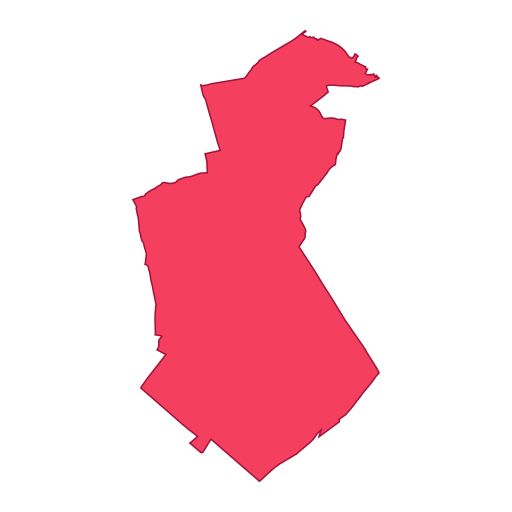 Mischii, Dolj, Romania (Robinson projection)
{"feature_id": "2599482B32935756416013", "entity_name": "Mischii", "entity_type": "district", "adm_level": 2, "iso_a3": "ROU", "parent_name": "Romania", "parent_adm1": "Dolj", "projection": "robinson", "projection_center": [23.877, 44.421], "detail": "fine", "context": "isolated", "style": "filled", "palette": "rose", "viewbox_px": 512, "rotation_deg": 0, "n_neighbors": 0, "source": "geoboundaries", "source_scale": "gbopen_adm2", "svg_char_len": 5788}
<svg xmlns="http://www.w3.org/2000/svg" viewBox="0 0 512 512"><path d="M324.2,286.5L321.6,282.4L316.4,273.6L308.4,261.2L299.0,246.8L302.2,242.1L304.9,238.0L305.1,236.5L305.2,235.8L305.1,235.2L305.1,234.5L305.3,233.7L305.3,232.9L305.6,232.2L305.7,231.2L305.7,230.4L304.8,227.9L303.6,225.7L302.5,223.4L301.8,222.3L300.7,220.4L300.3,219.3L300.3,218.2L300.6,217.4L300.7,216.8L300.7,215.7L300.4,213.0L299.8,211.0L299.7,210.3L299.9,209.4L302.8,203.1L305.8,197.5L306.6,197.0L307.6,196.6L309.0,196.6L309.4,196.0L315.4,186.4L316.4,185.4L317.2,185.1L318.0,184.5L322.7,178.5L326.4,173.7L327.4,172.4L327.8,171.7L328.1,170.8L329.7,168.8L332.6,166.2L334.2,165.2L335.1,164.8L335.4,164.6L335.4,164.3L336.1,158.3L337.4,153.6L338.3,153.9L338.4,152.9L339.0,152.3L339.4,151.8L340.2,150.8L340.5,150.3L340.7,149.7L341.0,148.6L342.7,137.9L343.4,137.7L343.9,130.9L345.6,120.1L343.4,119.6L342.1,119.3L341.3,119.2L339.8,119.4L339.2,119.6L338.8,119.4L337.0,119.2L336.5,119.1L336.1,118.9L334.7,118.3L332.1,118.0L331.1,118.0L328.3,118.2L326.9,118.3L326.4,118.4L326.2,118.6L325.2,118.6L324.5,118.6L323.3,118.2L322.9,117.9L322.4,117.2L321.4,115.7L320.5,113.6L319.7,112.2L319.3,111.5L318.7,110.8L317.8,110.0L317.5,109.6L315.6,108.0L314.9,107.6L313.4,106.9L312.8,106.9L312.0,106.6L311.3,106.3L311.1,106.2L310.7,106.2L310.4,106.1L325.5,94.4L325.7,94.2L325.8,93.9L326.0,93.7L327.1,93.0L327.9,92.4L328.1,92.2L328.1,91.6L327.7,90.4L327.2,89.1L326.6,87.3L326.4,86.0L327.0,85.7L327.6,85.6L328.9,85.3L331.0,85.1L331.9,85.1L332.7,85.1L334.7,85.2L337.3,85.5L340.1,85.8L341.2,85.8L343.6,85.9L347.4,85.9L352.2,86.2L352.8,86.4L353.7,86.8L353.9,86.8L354.2,86.8L355.2,86.6L355.6,86.6L356.3,86.7L357.1,86.8L357.8,86.9L359.3,86.4L361.3,85.6L362.2,86.4L368.5,83.4L368.6,83.2L368.4,83.0L368.9,82.8L369.3,83.1L369.6,82.6L371.2,82.0L374.3,80.6L376.9,79.5L379.2,78.3L375.7,74.8L376.7,76.5L376.4,76.8L375.8,77.0L375.6,76.6L374.5,76.5L373.9,74.4L373.7,73.9L371.7,74.7L371.2,74.9L370.9,74.9L370.9,74.6L370.7,74.5L370.3,74.8L369.4,74.7L368.8,74.9L368.1,74.9L367.4,74.9L367.0,74.9L365.3,73.2L367.6,69.2L366.5,68.8L365.6,68.6L365.4,67.9L365.3,67.4L365.4,67.1L365.6,67.0L365.7,66.8L364.1,66.2L362.7,65.5L360.5,64.4L358.1,63.0L357.4,62.8L357.2,62.8L355.0,62.0L355.8,60.9L356.0,60.5L356.2,59.9L356.4,58.7L356.6,58.0L357.1,57.4L358.1,56.3L358.1,56.2L357.6,55.7L356.2,54.6L355.2,54.0L354.9,53.9L354.7,54.6L354.1,55.8L353.1,57.2L352.5,57.8L352.1,58.1L351.9,58.1L351.0,57.9L350.0,57.4L348.4,56.4L348.2,55.7L346.2,53.0L345.1,51.4L343.6,49.8L342.9,49.0L342.2,48.5L340.4,46.9L337.9,45.2L335.3,43.8L332.8,42.5L327.1,40.6L326.9,40.8L325.6,40.0L320.6,38.3L318.9,39.4L317.7,40.4L317.3,40.1L317.6,39.9L316.8,39.2L316.7,38.9L316.6,38.7L316.4,38.6L316.2,38.6L315.4,38.8L315.0,38.8L314.7,38.6L314.5,38.4L313.9,37.2L313.7,37.1L313.3,37.0L312.4,37.6L312.0,37.7L311.7,37.7L311.1,37.5L310.7,37.2L309.9,36.5L308.5,37.5L306.6,36.5L303.8,35.2L302.0,34.5L302.9,33.7L305.8,31.3L305.1,30.7L296.4,37.7L293.5,39.8L292.1,40.7L272.2,52.4L268.2,54.9L267.9,55.2L263.7,57.8L261.9,58.7L259.4,60.4L258.8,61.1L258.3,62.0L258.1,62.7L256.6,63.6L255.9,64.4L255.3,65.1L254.3,65.5L253.5,66.1L252.7,67.0L252.3,67.7L250.9,70.1L249.3,72.0L246.3,76.2L244.6,78.2L216.0,83.0L212.2,83.6L211.4,83.8L210.8,83.9L210.4,84.1L209.2,84.4L208.2,84.7L206.7,85.1L205.5,85.2L205.1,85.4L204.5,85.5L202.6,85.6L201.4,85.3L200.8,85.0L201.9,90.3L203.0,94.9L203.8,96.6L204.6,98.0L205.5,99.3L209.6,114.2L212.0,122.2L217.4,141.9L220.2,150.4L205.0,153.8L206.8,161.1L206.9,162.4L207.3,172.8L205.5,172.8L203.9,173.0L202.4,173.0L200.3,173.2L198.0,173.9L192.6,175.9L189.6,176.8L187.5,177.1L186.3,177.1L184.7,177.5L178.7,179.5L177.4,180.6L175.6,182.4L173.0,183.2L170.9,183.4L168.4,183.3L164.5,182.5L163.1,182.6L162.0,183.1L160.8,184.8L160.0,185.1L157.7,186.4L155.7,187.7L154.3,189.0L153.7,188.9L151.1,190.3L148.2,192.0L147.2,192.8L146.5,193.4L145.5,194.0L145.0,195.0L144.8,195.9L144.1,196.2L141.4,196.6L133.7,199.3L132.8,199.8L133.5,200.7L134.5,202.7L135.4,204.2L136.1,205.6L136.3,206.3L136.8,207.3L136.4,207.7L136.2,208.2L136.3,209.1L136.4,209.9L136.9,211.8L136.9,212.1L137.1,212.8L137.4,214.7L138.0,216.5L138.2,217.4L138.9,224.9L139.0,226.1L139.4,231.6L139.6,232.1L140.0,232.7L140.2,233.2L140.5,234.3L140.7,236.5L141.6,239.7L142.0,241.0L142.7,241.6L143.2,242.4L143.6,243.4L144.1,245.9L144.8,248.3L145.8,251.8L146.4,253.5L145.4,262.5L145.0,264.4L146.5,264.9L147.3,265.4L148.1,266.5L148.7,269.5L149.6,272.0L150.1,274.5L150.6,278.1L151.0,280.6L152.5,286.5L153.2,290.7L154.7,297.8L155.3,300.9L155.6,302.5L156.0,304.1L156.1,305.6L155.6,306.2L155.7,307.7L155.4,310.4L155.1,315.2L155.0,319.1L155.3,331.6L155.4,333.6L155.2,334.3L155.1,334.7L155.2,334.9L155.4,334.9L157.5,335.1L158.8,335.4L161.2,335.8L161.8,336.3L161.4,336.7L161.1,337.0L161.0,337.4L160.3,338.4L159.7,338.9L159.2,339.4L158.9,340.7L158.7,341.3L158.8,346.3L157.1,350.0L157.8,350.2L159.0,350.9L159.6,351.1L161.1,352.0L164.0,353.5L165.3,354.0L166.0,354.4L164.9,355.8L158.3,364.3L148.1,377.3L142.3,385.4L141.2,387.1L140.8,388.0L183.4,425.1L188.2,429.1L195.6,434.8L197.5,436.5L197.0,436.9L195.8,438.1L194.5,439.1L191.1,442.1L189.8,443.1L201.1,452.7L202.9,452.3L203.1,452.0L203.4,451.5L204.0,450.3L204.9,449.1L206.3,446.7L206.8,446.0L207.1,445.7L207.5,445.1L207.9,444.0L209.4,441.6L211.0,439.2L259.5,481.3L271.6,470.2L273.2,468.9L274.4,467.7L276.4,466.4L278.0,465.1L279.4,464.1L283.0,462.0L285.1,460.7L296.6,453.9L300.9,450.1L309.5,443.0L313.4,439.1L316.3,435.0L318.1,432.7L321.0,430.1L318.9,436.9L339.3,421.8L339.5,421.3L339.5,420.0L339.1,419.7L338.9,419.4L344.8,415.3L346.0,414.3L350.3,409.4L353.7,405.2L356.5,401.3L357.8,399.8L361.2,395.4L362.0,393.9L362.8,393.1L364.9,390.7L372.2,381.7L374.3,378.7L376.6,375.6L379.1,372.9L377.2,369.0L367.2,353.0L364.8,348.7L345.0,320.0L332.5,299.5L329.2,294.3L324.2,286.5Z" fill="#f43f5e" stroke="#9f1239" stroke-width="1.5"/></svg>